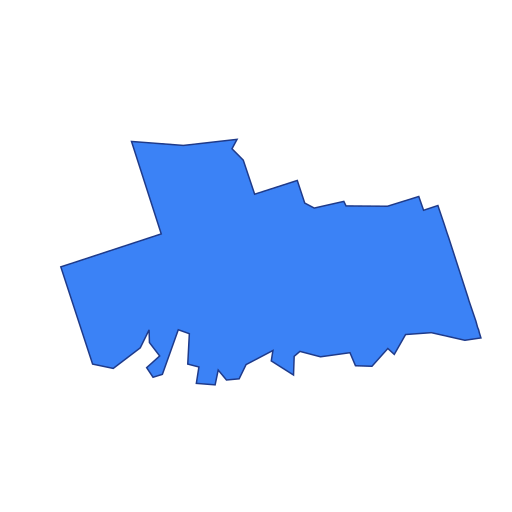 outline of Whitfield, Georgia, United States of America, rotated 72°
{"feature_id": "52423323B73898335258684", "entity_name": "Whitfield", "entity_type": "district", "adm_level": 2, "iso_a3": "USA", "parent_name": "United States of America", "parent_adm1": "Georgia", "projection": "natural_earth1", "projection_center": [-84.931, 34.802], "detail": "fine", "context": "isolated", "style": "filled", "palette": "blue", "viewbox_px": 512, "rotation_deg": 72, "n_neighbors": 0, "source": "geoboundaries", "source_scale": "gbopen_adm2", "svg_char_len": 934}
<svg xmlns="http://www.w3.org/2000/svg" viewBox="0 0 512 512"><g transform="rotate(72 256 256)"><path d="M128.4,290.9L108.6,339.0L173.5,339.2L205.7,339.3L206.0,438.4L206.0,445.0L308.3,444.8L318.8,426.5L307.6,394.5L293.2,380.5L305.4,384.1L321.3,378.5L328.4,394.5L339.5,391.4L339.6,381.6L302.1,352.7L309.3,343.4L337.7,354.3L343.9,344.6L358.7,352.1L365.9,334.7L352.8,327.2L364.8,322.4L367.6,310.0L356.2,299.0L351.1,269.1L360.5,273.9L380.8,257.1L363.2,250.7L360.3,243.7L371.8,225.8L377.0,196.5L391.1,195.3L396.7,179.8L384.7,159.2L392.3,154.9L376.9,138.0L383.1,112.9L400.7,83.4L403.4,67.4L403.2,67.4L397.8,67.3L395.2,67.1L392.3,67.3L385.9,67.0L364.3,67.3L361.6,67.2L297.5,67.1L293.3,67.2L284.1,67.2L266.5,67.4L264.2,67.4L264.3,82.5L249.7,82.8L249.3,115.6L236.2,154.9L231.2,155.6L228.4,185.8L220.7,193.3L196.9,193.4L196.8,238.2L160.9,238.5L146.6,245.7L139.2,238.0L128.4,290.9Z" fill="#3b82f6" stroke="#1e3a8a" stroke-width="1.5"/></g></svg>